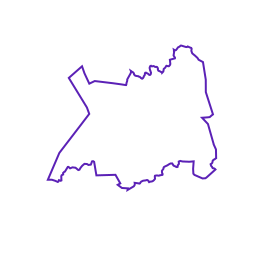 Santo Domingo Tonalá, Oaxaca, Mexico, rotated 160°
{"feature_id": "50627088B17926070063491", "entity_name": "Santo Domingo Tonalá", "entity_type": "district", "adm_level": 2, "iso_a3": "MEX", "parent_name": "Mexico", "parent_adm1": "Oaxaca", "projection": "natural_earth1", "projection_center": [-97.996, 17.68], "detail": "fine", "context": "isolated", "style": "outline", "palette": "violet", "viewbox_px": 256, "rotation_deg": 160, "n_neighbors": 0, "source": "geoboundaries", "source_scale": "gbopen_adm2", "svg_char_len": 3706}
<svg xmlns="http://www.w3.org/2000/svg" viewBox="0 0 256 256"><g transform="rotate(160 128 128)"><path d="M53.0,83.6L52.9,85.2L51.5,104.4L54.9,112.3L49.6,110.8L47.5,110.3L45.2,111.2L43.5,111.7L42.6,135.1L38.4,146.8L35.0,164.3L37.4,167.0L38.3,168.0L38.6,169.5L38.8,170.2L40.4,173.3L41.2,174.6L42.1,176.2L42.1,178.8L41.1,180.7L41.2,181.6L42.2,182.4L44.0,184.2L44.9,183.9L45.6,184.2L46.0,184.4L49.7,187.2L50.3,187.4L51.9,186.8L52.2,186.8L53.6,186.6L54.6,185.8L56.3,184.8L57.2,184.8L58.1,185.9L58.2,185.1L58.5,184.8L58.8,183.4L60.4,180.5L59.8,178.0L60.1,177.4L61.3,177.5L65.3,177.8L66.3,173.8L66.8,173.0L68.3,172.1L68.9,172.2L70.6,173.3L71.2,173.0L72.3,172.0L74.2,171.3L74.4,170.9L75.5,169.0L77.1,168.2L77.0,168.9L77.6,169.1L78.4,170.1L78.9,170.6L79.1,170.8L79.5,171.1L79.8,171.4L79.9,171.8L79.9,172.0L79.9,172.9L79.8,173.2L79.5,173.8L79.6,174.5L79.8,175.3L80.1,175.6L81.3,176.0L81.8,176.3L82.2,176.9L82.9,177.5L84.4,177.7L84.9,178.1L85.1,178.6L85.5,178.6L85.8,178.6L86.0,178.5L86.3,178.2L86.9,177.5L87.1,177.1L87.3,176.3L87.3,175.9L87.4,175.4L87.5,174.7L87.4,174.2L87.5,173.3L87.4,172.3L88.0,171.1L88.5,170.6L88.9,170.4L89.3,170.4L89.8,170.6L90.1,171.0L90.3,171.5L90.5,171.9L90.7,172.2L91.1,172.6L91.4,173.0L91.9,173.3L92.2,173.9L92.9,174.0L93.4,173.6L93.6,173.0L94.1,172.3L94.4,171.8L94.8,171.6L95.2,171.4L95.5,171.2L95.8,170.6L96.2,170.3L96.5,170.1L96.8,169.8L97.3,169.6L97.9,169.5L98.4,170.2L98.7,170.5L98.8,170.6L98.9,171.0L99.2,171.6L99.6,172.2L100.2,172.5L100.8,173.3L101.6,173.6L102.7,174.3L103.3,174.7L104.0,176.2L103.8,177.2L103.9,177.7L104.1,178.4L104.6,179.0L105.2,179.7L105.5,180.3L105.8,180.7L105.8,180.4L105.8,179.9L106.4,179.0L106.8,178.5L112.1,173.9L112.6,172.6L113.4,171.6L114.1,170.7L114.6,169.6L115.1,169.0L115.6,169.2L119.4,171.3L126.8,175.2L143.2,183.5L149.2,182.9L150.2,194.3L150.1,201.7L166.5,195.3L159.6,161.3L159.6,154.9L159.6,154.5L167.6,149.4L169.6,148.1L200.7,128.3L201.1,128.0L201.2,127.9L221.0,106.8L217.2,105.4L214.5,103.3L212.4,101.3L211.7,101.5L210.7,102.6L209.3,101.4L208.5,101.5L207.2,105.5L206.5,106.3L204.8,106.5L204.4,107.9L202.9,108.6L202.2,108.6L197.9,112.0L197.2,111.8L196.2,109.9L193.6,110.0L190.9,108.6L189.1,105.5L187.9,105.4L186.1,106.9L183.9,108.2L181.2,109.2L178.9,108.2L177.8,106.8L175.5,106.3L174.8,107.0L173.3,108.9L172.2,108.8L171.4,107.8L173.9,94.3L155.8,88.3L154.2,78.6L157.1,78.1L154.2,73.7L148.7,71.3L149.6,69.9L142.5,71.2L141.3,72.1L140.7,73.2L140.5,74.2L136.7,72.2L136.5,71.9L135.6,71.9L134.9,72.6L133.9,73.1L133.0,73.2L132.0,73.3L130.9,73.1L130.1,72.9L129.2,72.7L128.4,72.7L127.7,72.5L127.3,72.1L126.9,71.4L126.9,70.8L126.8,70.2L126.7,69.9L125.6,70.0L125.1,69.9L124.3,69.7L123.6,69.6L122.6,69.7L121.5,70.1L120.7,70.6L120.0,71.0L119.8,71.6L119.7,72.3L119.5,72.8L119.3,73.5L119.0,73.9L118.1,73.8L117.6,73.7L117.0,73.5L116.2,73.1L115.7,72.8L115.1,72.6L114.5,72.7L113.7,72.5L112.7,72.4L112.0,72.3L111.7,72.2L111.3,72.7L111.2,73.4L111.4,74.0L110.8,76.1L109.4,77.1L108.8,77.4L108.5,77.8L108.3,78.2L108.0,78.7L107.3,79.1L106.6,79.2L105.3,79.3L104.6,79.4L104.0,79.4L103.5,79.5L102.3,79.8L101.2,80.0L100.1,80.1L99.2,79.8L98.6,79.6L98.4,78.9L98.4,78.4L98.1,77.8L98.2,77.4L98.0,77.0L97.5,76.5L96.6,75.7L96.1,75.0L95.7,74.7L95.3,74.5L94.7,74.5L94.4,75.1L94.0,75.9L93.5,76.2L93.1,76.5L92.6,76.7L92.3,77.2L91.8,79.1L90.2,79.2L88.2,77.9L81.9,75.3L77.7,74.2L80.8,67.3L82.2,62.7L81.6,61.2L75.2,55.1L72.4,54.3L71.0,54.7L60.0,59.1L60.3,59.8L60.8,60.5L61.4,60.9L61.8,61.2L62.1,61.3L62.3,61.9L62.3,62.7L62.6,63.4L62.8,63.8L62.8,65.1L62.8,65.5L62.7,65.8L62.2,65.9L61.5,66.0L60.8,66.4L60.5,66.8L60.0,67.5L59.6,68.3L58.8,68.7L58.4,68.9L57.6,68.9L56.9,69.1L56.1,69.4L55.5,69.5L52.7,77.7L52.7,78.2L53.1,83.4L53.0,83.6Z" fill="none" stroke="#5b21b6" stroke-width="2"/></g></svg>